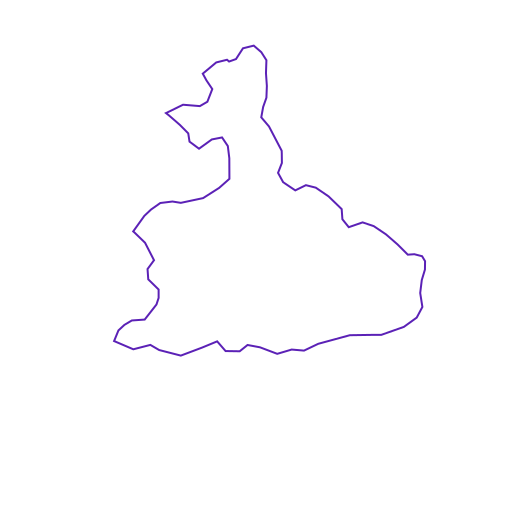 the district of Cheonan-si, South Chungcheong, South Korea, rotated 131°
{"feature_id": "91817680B50780672353800", "entity_name": "Cheonan-si", "entity_type": "district", "adm_level": 2, "iso_a3": "KOR", "parent_name": "South Korea", "parent_adm1": "South Chungcheong", "projection": "albers", "projection_center": [127.19, 36.798], "detail": "fine", "context": "isolated", "style": "outline", "palette": "violet", "viewbox_px": 512, "rotation_deg": 131, "n_neighbors": 0, "source": "geoboundaries", "source_scale": "gbopen_adm2", "svg_char_len": 1360}
<svg xmlns="http://www.w3.org/2000/svg" viewBox="0 0 512 512"><g transform="rotate(131 256 256)"><path d="M413.3,307.3L406.9,287.4L392.4,277.4L390.5,267.4L380.5,247.4L360.5,236.6L345.9,229.3L347.7,216.6L338.6,205.8L328.7,204.0L322.3,193.1L315.9,175.8L309.8,171.9L303.2,167.7L295.9,157.7L281.4,151.4L267.8,142.3L254.2,133.2L238.8,116.0L233.3,109.7L212.5,97.9L197.1,94.3L194.8,94.8L185.3,97.0L176.2,107.8L165.4,115.1L155.4,119.6L149.0,125.0L147.2,130.5L148.3,132.7L150.8,137.7L155.4,142.3L154.4,156.8L154.4,172.2L156.2,186.7L160.7,197.6L173.4,204.9L171.6,214.9L164.4,222.1L163.4,240.3L165.2,255.7L169.8,264.8L180.7,269.4L182.5,283.9L178.8,293.9L168.8,297.5L161.6,303.9L159.7,305.7L149.7,331.2L147.9,343.0L138.8,348.4L129.7,352.0L120.6,359.3L111.5,368.4L101.4,376.6L98.7,385.7L98.7,395.7L107.8,402.1L120.5,400.3L126.9,403.9L126.9,406.6L136.0,413.0L153.3,415.8L156.0,408.5L158.7,398.5L171.5,393.9L179.7,396.7L189.7,410.3L207.2,417.7L207.0,414.0L207.0,399.4L207.9,387.6L213.3,381.2L212.4,369.4L197.0,365.8L188.8,359.4L191.5,349.4L199.7,340.3L215.2,326.7L228.8,328.5L247.0,333.9L265.2,347.6L269.7,354.8L278.8,363.0L289.8,365.7L298.9,366.6L318.0,364.8L318.0,363.0L318.8,348.4L326.1,330.2L337.0,329.3L344.3,322.0L345.2,307.5L351.5,302.0L357.9,299.3L377.0,298.3L386.1,307.4L394.2,310.1L402.4,311.0L413.3,307.3Z" fill="none" stroke="#5b21b6" stroke-width="2"/></g></svg>